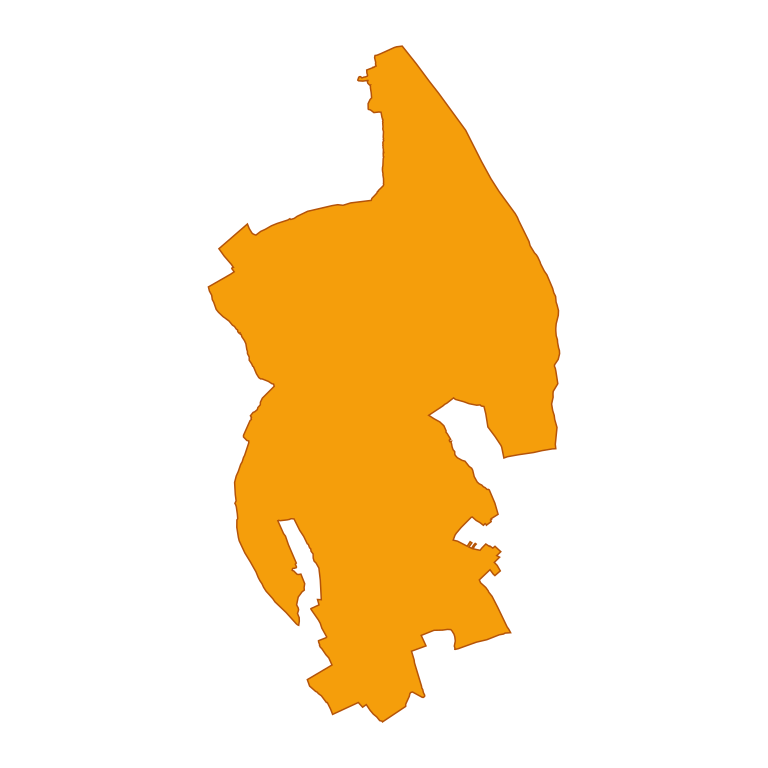 Dolhesti, Iasi, Romania (Albers equal-area conic projection)
{"feature_id": "2599482B27646337618827", "entity_name": "Dolhesti", "entity_type": "district", "adm_level": 2, "iso_a3": "ROU", "parent_name": "Romania", "parent_adm1": "Iasi", "projection": "albers", "projection_center": [27.913, 46.869], "detail": "fine", "context": "isolated", "style": "filled", "palette": "amber", "viewbox_px": 768, "rotation_deg": 0, "n_neighbors": 0, "source": "geoboundaries", "source_scale": "gbopen_adm2", "svg_char_len": 6084}
<svg xmlns="http://www.w3.org/2000/svg" viewBox="0 0 768 768"><path d="M402.2,46.1L396.6,46.8L394.3,47.5L380.4,53.8L377.0,55.2L375.0,55.5L374.6,57.7L375.7,62.4L375.5,64.0L376.1,66.0L375.2,66.2L374.5,67.0L373.9,67.0L373.6,67.4L372.9,67.3L372.7,67.7L366.7,70.0L366.9,73.1L367.6,75.2L367.3,76.1L365.2,77.0L364.2,77.0L362.2,77.8L361.7,77.8L360.7,76.7L359.4,76.7L358.6,77.4L358.5,78.5L358.0,79.1L357.8,80.2L358.6,80.8L362.9,81.1L367.9,80.4L368.0,80.7L367.3,81.3L367.8,83.2L369.4,84.9L370.5,85.0L370.1,85.5L370.5,86.8L370.4,87.8L371.2,92.7L371.6,97.9L370.1,99.5L368.1,103.6L368.2,108.9L368.4,109.4L370.4,109.9L373.9,112.6L378.9,112.0L381.0,112.2L382.1,117.9L382.6,118.8L382.5,119.4L383.0,120.0L382.6,121.5L383.0,122.7L382.7,123.1L383.0,126.8L382.8,129.0L383.5,131.7L383.2,137.2L383.5,138.7L383.2,139.6L383.7,140.6L382.9,142.2L382.9,143.6L383.1,144.3L382.8,145.2L383.1,146.3L383.0,147.4L383.4,149.7L383.3,152.0L383.7,152.1L383.8,152.8L383.2,153.2L383.3,156.5L383.7,156.8L383.2,158.6L382.9,165.6L382.4,168.2L382.6,168.7L382.4,169.2L382.5,170.9L383.0,173.8L382.9,174.9L383.5,178.6L383.6,182.5L383.4,183.4L383.7,184.3L383.3,185.7L379.0,189.9L378.3,190.6L378.2,191.3L377.4,191.7L376.8,193.2L371.9,198.4L371.2,200.4L350.7,202.9L343.0,205.3L337.7,204.7L332.2,205.6L307.6,211.3L297.2,216.3L294.2,218.4L291.0,219.4L290.5,219.4L289.9,218.7L287.8,220.0L277.0,223.5L271.4,225.8L265.1,229.4L260.7,231.4L255.9,235.1L253.5,234.2L252.0,233.1L249.3,228.7L247.4,224.0L218.9,248.7L224.2,256.1L231.3,264.3L233.4,267.4L232.2,267.7L231.8,268.6L234.2,271.8L230.6,274.2L208.4,286.9L209.4,291.0L211.7,295.3L212.3,299.6L213.7,302.2L216.2,309.4L218.5,312.3L223.0,316.6L229.0,321.0L232.4,325.1L234.5,326.5L236.3,329.1L237.6,330.0L237.7,331.3L238.3,332.4L239.0,333.1L240.0,332.8L240.2,334.2L241.1,334.4L241.9,336.8L244.5,340.7L245.9,343.8L246.8,349.5L247.4,351.2L247.5,353.7L249.2,357.0L249.2,360.2L251.8,364.1L252.6,366.1L253.5,366.8L256.4,373.7L258.8,377.6L260.6,378.9L262.1,378.9L268.4,381.4L271.9,383.7L273.6,384.1L274.2,386.3L262.3,398.2L260.4,402.2L260.3,404.8L257.9,407.5L257.3,409.6L254.7,411.8L253.1,412.4L250.4,415.8L251.5,417.2L251.0,418.0L251.4,419.4L250.0,420.7L243.5,435.3L243.5,437.0L246.9,440.5L248.7,440.9L248.8,442.7L244.6,455.4L243.5,457.5L242.2,461.8L240.7,464.4L238.3,471.4L236.2,476.1L234.6,482.5L235.3,494.6L236.1,500.8L234.9,503.4L235.7,504.8L236.3,506.8L237.3,513.7L237.7,518.4L237.6,519.0L236.9,519.9L236.8,527.3L238.4,537.5L239.2,540.8L244.9,553.0L250.3,561.8L256.0,571.9L258.3,577.6L260.0,580.8L262.0,583.8L263.6,587.3L266.1,591.2L272.8,598.7L275.0,601.9L286.0,612.4L296.1,623.6L297.5,624.8L298.7,625.3L299.3,621.3L299.2,617.7L297.5,613.5L298.6,609.8L298.2,607.9L296.6,604.9L298.2,597.1L302.0,591.9L304.3,590.1L304.1,587.6L304.7,583.7L300.9,574.1L298.5,574.5L297.1,574.3L293.8,571.0L292.2,570.4L292.2,569.7L292.5,568.8L293.0,568.3L293.9,568.4L296.2,567.7L296.5,567.0L295.3,564.1L296.3,563.1L288.4,544.7L285.5,536.2L283.5,533.5L277.8,520.7L278.8,520.3L280.0,520.7L287.0,519.9L289.5,519.4L290.9,518.7L294.0,518.9L299.7,530.3L303.7,536.4L307.3,543.8L308.3,544.4L309.6,547.8L310.7,548.8L311.1,551.3L313.1,553.9L313.2,558.1L314.1,561.1L316.1,563.1L318.9,568.1L320.3,580.2L321.3,599.7L317.5,599.5L319.0,604.9L310.9,608.6L311.0,609.3L318.5,620.1L320.3,623.4L321.8,628.1L326.7,636.9L326.1,637.7L318.5,640.7L318.6,641.9L319.6,644.6L319.5,645.4L320.2,647.0L321.9,648.8L325.9,654.7L328.8,657.9L332.0,665.0L307.3,679.6L309.6,686.1L315.6,691.4L317.1,692.1L318.4,693.6L321.4,695.8L326.4,702.5L327.3,702.5L330.6,709.2L332.6,714.4L358.3,702.5L362.6,707.2L366.3,704.6L370.1,710.3L373.3,714.1L376.7,716.9L379.7,720.6L382.1,721.2L382.5,721.9L405.7,706.4L405.7,704.2L409.3,696.3L409.9,693.5L410.9,692.4L412.5,692.0L422.2,697.3L423.4,697.4L424.6,696.4L424.7,695.2L423.4,692.6L422.7,689.5L421.8,688.0L421.5,686.1L414.5,662.9L414.1,659.9L411.5,651.2L426.0,645.9L421.2,635.4L434.0,630.3L442.6,630.1L447.5,629.4L450.8,629.6L452.0,630.9L454.0,634.2L454.8,636.8L455.3,641.0L454.3,646.1L454.9,648.0L454.8,649.3L455.1,649.4L458.2,648.7L476.3,642.2L486.9,639.7L499.3,634.8L503.6,634.0L505.1,633.1L510.6,632.7L508.8,629.3L507.1,626.9L497.8,607.5L492.1,596.4L488.7,592.1L488.3,591.0L485.8,587.5L480.6,582.8L479.3,579.9L490.0,569.7L493.3,574.2L494.9,575.6L500.3,570.9L497.1,565.3L494.3,562.4L499.6,557.2L496.7,555.6L500.8,551.7L495.0,546.3L492.8,548.1L489.8,546.0L489.4,546.4L485.8,544.0L481.7,548.2L480.1,550.3L473.1,548.8L474.6,545.9L476.2,544.1L475.2,543.4L473.6,545.1L471.6,548.3L468.9,547.0L471.9,542.9L470.1,541.7L467.2,546.2L457.6,541.2L453.2,540.1L455.0,535.2L456.3,533.2L461.1,527.5L471.2,517.3L472.3,517.0L476.1,520.4L479.8,522.5L483.4,525.3L485.1,523.6L486.1,524.4L486.4,525.2L491.1,521.7L491.2,521.3L490.5,520.1L491.6,519.3L491.2,518.7L498.1,514.3L494.9,503.2L489.3,490.0L488.5,489.4L487.0,489.4L485.1,487.6L483.4,486.8L481.8,485.1L479.2,483.8L477.2,482.0L474.2,476.6L472.7,470.3L471.7,468.3L469.1,466.4L465.0,461.2L462.0,460.3L457.3,457.7L455.4,455.5L454.8,454.3L454.7,451.6L453.0,449.6L452.0,446.5L451.6,444.0L451.0,442.1L451.4,441.3L449.7,441.6L449.3,440.4L449.4,439.9L450.6,439.3L447.2,433.6L446.0,432.2L446.1,430.8L443.9,425.8L439.8,421.9L434.3,418.9L428.7,415.3L442.8,406.0L444.9,404.2L446.8,403.2L453.6,397.9L455.4,399.4L463.7,401.7L469.1,403.7L476.7,405.2L480.1,404.9L481.3,406.0L484.0,406.5L485.8,413.9L487.9,427.0L495.1,436.6L501.0,445.5L501.7,447.2L503.9,458.0L507.5,456.7L518.7,454.7L533.7,452.5L542.1,450.6L552.3,448.9L555.8,448.7L555.3,444.3L557.0,427.5L554.7,419.4L554.2,415.4L552.7,410.6L551.6,404.0L553.1,397.3L553.0,393.8L553.2,391.4L557.8,383.7L555.9,371.3L555.3,368.3L554.5,366.5L554.5,364.9L558.2,359.4L559.6,353.7L559.4,350.5L558.6,347.9L557.6,342.6L557.4,339.7L556.2,335.7L555.8,330.9L555.8,328.2L556.2,323.7L558.3,315.3L558.5,310.6L557.1,305.1L556.1,302.1L555.6,296.4L553.8,292.8L552.6,288.3L546.9,274.8L544.3,271.1L540.6,263.8L540.1,262.1L537.8,257.1L536.4,254.9L534.5,252.9L530.1,245.7L529.0,241.5L518.9,221.0L517.4,217.4L515.2,213.6L499.2,191.7L490.9,178.7L481.6,161.7L465.7,130.3L438.6,93.2L429.6,81.7L416.3,63.8L402.2,46.1Z" fill="#f59e0b" stroke="#b45309" stroke-width="1.5"/></svg>